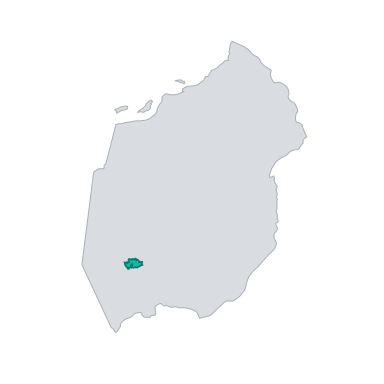 location of Misungwi, Mwanza, United Republic of Tanzania, rotated 245°
{"feature_id": "72390352B3687042598615", "entity_name": "Misungwi", "entity_type": "district", "adm_level": 2, "iso_a3": "TZA", "parent_name": "United Republic of Tanzania", "parent_adm1": "Mwanza", "projection": "robinson", "projection_center": [32.979, -2.954], "detail": "fine", "context": "in_parent", "style": "filled", "palette": "teal", "viewbox_px": 384, "rotation_deg": 245, "n_neighbors": 0, "source": "geoboundaries", "source_scale": "gbopen_adm2", "svg_char_len": 7364}
<svg xmlns="http://www.w3.org/2000/svg" viewBox="0 0 384 384"><g transform="rotate(245 192 192)"><path d="M149.9,266.4L146.4,264.3L143.2,263.1L140.6,261.7L139.4,260.3L137.0,259.8L134.9,259.5L132.9,258.3L128.9,257.8L128.4,256.9L128.4,255.1L127.7,254.6L126.2,254.1L124.6,254.1L123.7,254.4L123.1,254.3L121.8,253.1L120.6,251.7L120.1,249.5L118.3,248.0L116.2,246.9L110.3,247.0L109.4,246.7L108.0,245.5L106.3,243.6L105.0,241.5L103.9,238.6L102.7,234.6L95.9,218.9L95.2,216.0L93.9,212.7L91.7,208.6L89.4,205.6L86.3,202.9L82.8,200.2L80.9,198.4L77.2,191.0L76.5,187.5L75.9,183.9L76.1,182.5L78.4,177.9L78.6,176.6L78.4,174.8L77.2,171.1L75.8,166.7L72.9,158.5L72.5,156.5L72.5,154.9L74.2,146.7L74.2,145.5L81.0,145.7L85.9,142.1L90.2,136.6L91.1,134.4L92.8,130.9L94.5,129.2L95.2,128.0L96.2,124.5L98.4,122.2L100.6,120.4L100.2,119.1L100.5,118.7L101.7,117.7L104.0,116.9L104.5,115.1L104.5,113.0L104.1,111.9L104.2,110.6L103.8,109.8L102.3,109.6L100.0,108.6L98.1,108.2L96.8,107.6L96.3,107.1L96.1,105.9L97.2,102.7L96.1,101.4L98.5,96.2L98.9,95.6L99.8,95.5L101.1,94.9L102.4,94.7L103.4,94.9L104.2,94.6L104.8,94.1L105.4,92.3L105.9,89.3L105.6,86.9L104.6,85.0L104.4,82.2L104.8,78.3L104.5,75.2L103.4,72.6L102.3,71.1L100.6,70.4L97.9,66.5L97.1,64.6L97.3,63.4L98.2,62.9L99.9,63.1L101.5,62.7L103.0,61.6L104.4,61.3L105.2,61.5L172.7,61.5L251.5,111.3L251.8,111.9L252.5,116.2L252.3,117.6L251.1,120.1L250.7,121.4L250.7,122.3L251.0,122.7L252.1,122.8L252.9,123.4L253.3,123.8L253.9,125.7L254.8,126.6L284.7,151.1L285.4,151.4L285.0,153.5L283.3,158.5L283.2,160.5L282.5,163.0L281.9,164.6L280.1,171.6L278.7,174.2L276.7,180.3L276.3,185.0L277.4,188.3L277.8,191.4L280.1,194.4L281.9,195.5L283.2,196.9L285.4,200.0L286.6,203.2L290.6,204.8L292.2,208.3L291.6,210.7L289.7,212.8L288.0,216.0L286.6,220.3L286.6,226.9L287.5,225.9L289.6,227.5L289.8,232.4L287.6,238.0L287.0,240.7L286.9,242.9L288.4,249.7L290.8,253.1L290.6,254.2L290.0,255.1L294.0,261.2L293.7,266.5L295.2,270.6L295.8,274.1L296.8,276.9L297.0,278.8L295.8,280.9L298.7,281.4L300.5,283.1L301.3,284.7L303.4,284.7L304.6,285.8L306.2,286.7L309.9,289.5L310.9,290.9L311.5,292.2L301.3,300.9L297.6,303.1L294.9,304.1L292.1,304.7L289.5,306.1L286.9,308.2L283.7,309.3L279.8,309.3L275.6,310.8L269.1,315.3L265.4,312.8L262.4,312.0L259.0,312.1L256.9,312.4L256.2,313.0L255.5,314.5L254.9,317.0L252.7,319.4L248.8,321.7L245.1,322.6L241.8,322.0L239.6,321.0L238.4,319.7L236.7,319.1L234.5,319.2L232.3,320.1L230.2,321.9L226.9,322.7L222.3,322.5L219.9,321.6L219.5,320.1L217.5,318.3L213.9,316.3L211.2,316.3L209.5,318.2L207.9,319.4L206.5,319.9L205.2,320.0L203.3,319.5L198.3,319.3L193.5,319.3L193.0,316.5L192.0,314.8L191.2,313.8L189.5,313.6L189.1,312.8L188.5,311.0L187.7,309.6L186.6,308.3L186.0,307.2L185.8,306.2L186.0,305.0L187.0,302.1L187.3,300.2L187.2,298.2L186.6,296.1L185.5,293.7L185.6,293.0L185.3,291.3L185.2,290.1L185.4,288.7L185.2,286.7L184.2,282.6L184.2,281.6L183.2,279.6L180.0,274.9L179.9,274.3L174.9,269.6L172.9,268.6L172.2,269.4L171.9,270.3L172.1,271.8L172.0,272.5L171.8,272.9L170.6,272.8L169.9,272.6L168.0,271.4L166.5,271.1L162.9,271.3L161.6,271.6L160.6,271.3L158.7,269.1L156.4,268.7L154.4,268.6L151.0,266.1L149.9,266.4ZM291.2,187.6L292.8,192.8L292.6,193.7L291.4,194.3L290.8,194.4L290.1,193.6L289.6,191.8L288.7,192.2L287.2,190.1L285.7,190.0L284.4,187.5L285.0,185.4L284.7,181.6L286.3,179.7L287.2,176.6L288.2,178.7L288.5,182.1L289.8,186.1L291.2,187.6ZM299.2,156.7L299.4,157.9L299.0,159.0L299.1,162.7L298.9,165.2L297.7,168.6L296.7,169.8L295.8,169.4L295.1,168.9L294.5,167.9L295.7,161.7L295.1,157.2L297.4,157.6L299.2,156.7ZM295.6,231.5L294.5,231.9L294.0,231.6L293.3,230.5L294.6,229.7L295.8,228.0L298.6,225.5L299.9,223.5L299.7,225.5L298.1,229.7L296.7,229.9L295.6,231.5Z" fill="#d9dde1" stroke="#a8b0b8" stroke-width="1"/><path d="M146.7,116.3L147.2,116.3L147.4,116.2L147.7,116.1L147.8,116.0L148.0,116.0L148.2,115.8L148.3,115.9L148.3,116.3L148.4,116.5L148.5,116.6L149.0,116.7L149.2,116.8L149.4,117.1L149.5,117.4L149.5,117.5L149.8,117.5L150.0,117.1L150.0,115.9L150.1,115.7L150.4,115.7L150.6,115.7L150.9,115.3L150.8,115.2L150.6,114.5L150.6,114.4L150.7,114.2L151.1,114.5L152.0,114.8L152.8,114.7L152.9,114.3L153.2,114.3L153.4,114.2L153.7,114.0L153.9,113.9L154.0,113.8L153.7,113.2L153.6,112.9L154.0,113.0L154.6,113.3L154.7,113.2L154.9,113.1L155.0,113.1L155.4,112.9L155.7,112.7L155.7,112.4L155.6,112.2L155.4,112.0L155.4,111.9L155.5,111.9L155.4,111.7L155.3,111.4L155.5,111.3L155.5,111.2L155.4,111.2L155.5,111.1L155.4,111.1L155.3,110.9L155.2,110.9L155.6,110.5L155.7,110.4L155.9,110.3L155.9,110.1L156.2,109.9L156.4,109.7L156.6,109.6L156.7,109.1L156.5,108.9L156.4,108.8L156.4,108.7L156.2,108.5L156.1,108.4L156.3,108.2L156.5,108.2L156.8,108.1L157.0,108.0L157.1,107.9L157.3,107.7L157.7,107.2L157.8,106.9L157.9,106.7L157.7,106.6L157.7,106.4L157.7,106.1L157.6,105.9L157.5,105.7L157.2,105.8L156.9,105.7L156.6,105.7L156.2,105.6L155.9,105.5L155.5,105.5L155.3,105.5L155.0,105.6L154.9,105.6L154.9,105.3L154.9,105.2L154.9,104.7L155.0,104.6L155.1,104.3L155.2,104.2L154.9,103.8L155.4,103.8L155.4,103.5L155.5,103.6L155.8,103.6L156.1,103.6L156.1,103.1L156.0,102.8L156.0,102.7L155.9,102.5L155.9,102.4L156.0,102.3L156.2,101.9L156.3,101.8L156.4,101.6L156.5,101.4L156.4,101.2L156.5,101.1L156.3,101.1L156.2,101.2L156.1,101.3L155.8,101.2L155.6,101.1L155.5,100.9L155.4,100.8L155.3,100.7L155.2,100.8L154.9,100.9L154.7,100.7L154.3,100.6L154.2,100.5L153.9,100.6L153.5,101.1L153.3,101.1L153.2,101.1L153.2,100.9L152.8,100.9L152.4,100.7L152.2,100.7L152.1,101.0L151.7,101.2L151.6,101.3L151.4,101.2L151.2,101.2L151.0,101.4L150.9,101.3L150.7,101.4L150.7,101.5L150.5,101.4L150.3,101.4L150.2,101.5L149.9,101.7L149.7,101.5L149.7,101.4L149.4,101.4L149.2,101.5L149.3,101.6L149.3,101.8L149.5,101.8L149.6,102.0L149.8,102.3L149.9,102.5L149.7,102.6L149.3,102.6L149.2,102.6L149.0,102.8L149.1,103.0L149.3,103.1L149.4,103.3L149.5,103.3L149.5,103.6L149.6,103.8L149.6,104.0L149.7,104.3L149.8,104.3L149.9,104.5L150.0,104.5L150.1,104.4L150.2,104.5L150.2,104.4L150.2,104.5L150.2,104.4L150.2,104.5L150.3,104.6L150.5,104.6L150.5,104.8L150.7,105.0L150.8,105.1L150.7,105.1L150.4,105.1L150.3,105.3L150.3,105.5L150.2,105.6L150.1,105.9L150.3,105.9L150.6,105.8L150.8,105.8L151.0,106.0L151.0,106.3L151.1,106.7L151.4,106.6L151.5,106.7L151.7,106.4L151.8,106.5L151.9,106.8L151.9,107.0L152.0,107.1L152.0,107.3L151.9,107.3L151.8,107.2L151.7,107.2L151.6,107.3L151.4,107.2L151.5,107.2L151.3,107.0L151.2,106.9L151.1,107.0L151.0,106.9L151.1,107.0L151.1,106.9L151.0,106.7L150.9,106.7L150.9,106.8L150.9,107.0L150.9,106.9L150.9,107.0L150.7,106.9L150.8,106.9L150.7,106.8L150.7,106.7L150.4,106.7L150.2,106.5L150.2,106.4L149.9,106.4L149.7,106.3L149.7,106.2L149.8,105.8L149.9,105.7L149.7,105.5L149.7,105.4L149.7,105.2L149.5,105.3L149.5,105.6L149.5,105.8L149.3,105.9L149.2,106.0L148.7,106.1L148.7,106.4L148.4,106.4L148.3,106.5L148.2,106.6L148.2,106.8L148.0,107.1L147.9,107.3L147.9,107.6L147.8,107.9L147.8,108.2L147.7,108.4L147.7,108.6L147.5,108.8L147.5,109.1L147.6,108.9L147.7,109.0L147.4,109.2L147.3,109.5L147.5,109.4L147.5,109.5L147.4,109.5L147.2,109.7L147.1,109.9L147.0,110.0L146.9,110.0L146.6,110.3L146.6,110.7L146.6,110.8L146.6,111.0L146.8,111.2L146.9,111.3L146.9,111.7L146.9,111.8L146.8,112.2L146.6,112.6L146.6,113.2L146.9,113.9L147.0,114.1L147.1,114.4L147.1,114.5L146.9,115.0L146.9,115.4L147.0,115.6L146.9,115.7L146.9,115.8L146.7,116.3ZM149.0,105.5L149.1,105.4L149.0,105.2L148.9,105.2L148.9,105.3L149.0,105.5Z" fill="#14b8a6" stroke="#0f766e" stroke-width="1.5"/></g></svg>